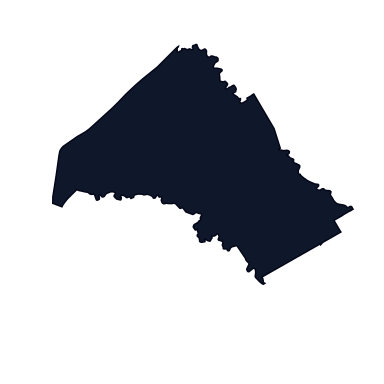 the district of Moreland, Victoria, Australia, rotated 322°
{"feature_id": "25037944B23324068897437", "entity_name": "Moreland", "entity_type": "district", "adm_level": 2, "iso_a3": "AUS", "parent_name": "Australia", "parent_adm1": "Victoria", "projection": "robinson", "projection_center": [144.955, -37.736], "detail": "fine", "context": "isolated", "style": "filled", "palette": "ink", "viewbox_px": 384, "rotation_deg": 322, "n_neighbors": 0, "source": "geoboundaries", "source_scale": "gbopen_adm2", "svg_char_len": 6070}
<svg xmlns="http://www.w3.org/2000/svg" viewBox="0 0 384 384"><g transform="rotate(322 192 192)"><path d="M80.4,123.6L82.5,122.6L87.1,121.3L90.4,120.6L102.6,119.2L103.9,121.4L105.6,123.3L107.4,125.6L109.4,127.8L109.9,128.6L110.2,130.3L110.6,131.2L111.2,131.9L113.2,133.2L113.5,133.6L113.4,134.5L111.8,139.2L112.0,139.9L112.6,140.3L114.4,140.6L114.6,140.5L115.0,140.2L115.6,139.3L116.5,137.4L116.8,137.3L117.2,137.3L117.6,137.4L117.8,137.6L118.1,140.4L118.6,141.0L119.5,141.4L120.4,141.4L122.1,140.8L123.0,140.6L124.6,140.7L126.1,141.3L127.4,141.5L128.0,141.8L129.9,143.2L130.3,143.7L130.9,145.1L130.8,146.0L130.5,146.4L129.0,146.5L127.9,147.4L127.9,147.8L128.0,149.7L128.4,151.4L130.2,153.6L130.8,154.3L131.1,154.3L132.1,153.7L132.8,152.8L132.8,152.5L132.3,151.8L132.3,151.6L133.5,151.3L135.1,151.6L136.1,153.0L136.6,154.2L136.8,155.4L137.0,156.1L137.4,156.5L139.0,156.9L139.7,157.3L139.9,157.5L139.9,159.1L139.9,159.5L140.8,159.7L142.3,160.2L143.1,160.1L143.6,159.4L144.2,159.0L145.3,159.1L148.2,160.4L151.4,163.0L152.1,164.4L152.8,165.0L155.1,166.1L155.6,166.6L157.2,168.9L157.9,170.8L158.0,171.9L157.8,172.9L158.1,173.4L158.5,173.7L159.0,173.9L159.6,173.9L161.2,173.3L162.3,173.3L163.1,173.8L163.4,174.4L163.0,175.4L163.0,175.7L163.2,176.0L163.6,176.3L164.2,176.4L164.7,176.8L164.7,177.4L164.6,177.9L164.4,178.3L163.9,178.7L163.3,179.0L162.6,179.7L161.9,181.8L161.9,182.5L162.1,183.2L162.7,184.1L165.3,185.3L166.0,186.4L166.5,186.7L168.5,188.4L171.1,189.9L171.8,191.2L172.4,197.4L172.6,197.7L174.6,198.4L175.0,199.2L174.9,203.7L175.0,204.2L175.3,204.7L178.8,210.2L179.5,210.5L182.0,210.5L182.7,210.7L183.0,211.0L184.0,212.8L185.8,215.0L185.6,215.9L185.3,216.3L184.1,216.6L183.8,216.9L182.5,217.6L182.0,218.9L181.5,219.3L179.6,219.1L178.6,219.5L176.8,219.5L173.7,219.0L172.3,219.6L171.8,220.0L171.4,220.5L171.3,221.0L171.2,223.7L171.3,224.1L171.7,224.3L173.1,224.5L173.2,225.2L172.3,226.2L171.8,227.7L171.1,228.9L169.9,229.0L169.1,229.8L168.9,230.5L169.3,231.4L169.3,232.6L168.4,234.4L167.8,235.3L167.6,235.9L168.0,236.9L168.5,237.5L171.5,239.1L172.1,238.7L172.8,237.2L173.2,237.1L173.6,237.2L174.1,239.2L174.4,240.0L175.5,241.5L176.3,241.9L177.8,241.1L179.4,240.6L179.9,240.0L180.1,239.3L180.6,239.0L180.9,239.2L181.5,239.8L182.8,240.5L183.9,240.7L185.6,240.4L186.2,240.8L186.6,241.4L186.4,242.8L186.2,243.4L185.3,244.3L183.5,245.4L183.3,246.0L183.4,246.6L184.5,247.8L185.0,248.7L185.5,250.0L185.4,250.6L185.2,250.9L183.2,252.5L183.0,253.0L182.8,254.4L181.9,255.6L181.9,256.3L184.3,258.2L184.3,258.9L184.0,259.5L184.0,260.2L184.4,260.8L184.7,261.0L185.4,261.1L187.7,259.8L189.7,259.8L193.7,261.5L194.2,262.0L194.3,262.7L193.3,276.8L193.2,277.4L192.7,278.4L192.6,280.4L193.0,282.9L193.0,283.2L192.5,284.0L187.9,286.3L187.2,287.2L187.0,288.8L187.2,289.4L187.8,289.9L192.6,289.8L193.2,289.9L193.9,290.4L194.3,291.4L194.1,292.2L192.7,294.6L190.2,297.0L189.7,297.7L189.5,298.4L190.0,303.9L190.6,306.7L191.2,308.5L193.2,308.8L192.5,306.9L193.6,305.7L194.0,304.7L194.4,304.0L194.7,302.6L195.0,302.1L261.0,311.8L260.8,312.8L263.9,312.2L284.7,315.2L285.0,312.1L286.4,301.7L293.1,302.7L296.0,303.1L296.0,302.9L305.6,304.2L305.5,304.4L308.4,304.7L308.3,303.8L308.7,302.8L308.7,301.8L308.5,301.3L307.7,300.7L306.2,300.6L305.8,300.5L305.1,299.9L304.6,299.1L304.6,297.7L304.1,296.6L303.0,295.1L300.4,292.3L299.1,290.5L298.7,289.1L298.4,286.5L298.9,282.9L299.2,279.7L299.3,279.3L299.8,278.7L300.7,278.3L301.7,277.2L301.6,276.6L301.5,276.1L300.9,275.3L298.9,273.6L298.5,273.1L298.0,272.3L297.7,270.4L297.3,270.0L296.0,269.5L294.1,269.4L292.8,268.3L292.3,267.3L292.1,266.7L292.1,266.0L292.6,265.6L293.2,265.4L294.6,265.4L295.5,265.1L296.1,264.5L296.2,263.8L293.7,261.2L290.9,256.1L289.6,253.1L289.5,252.3L288.5,249.1L288.1,246.7L287.7,245.7L288.2,244.8L287.4,243.9L287.2,243.5L287.3,242.9L287.7,242.2L288.9,240.6L289.2,240.2L290.0,240.0L290.7,239.3L291.6,239.2L292.5,238.4L293.1,237.6L293.0,236.7L292.0,234.7L291.9,234.1L291.1,233.1L290.3,231.5L290.3,231.2L290.5,230.8L292.1,229.0L292.1,228.5L290.2,225.3L290.2,223.0L289.8,222.4L289.5,222.2L289.3,221.6L289.7,221.2L291.5,221.4L292.6,221.1L293.3,220.5L293.6,220.1L293.6,219.5L293.3,218.6L292.5,217.6L289.7,215.8L289.0,215.1L288.0,213.8L286.8,212.7L286.6,211.8L286.7,211.6L288.5,211.8L295.7,192.6L301.0,152.8L299.3,152.5L299.1,152.8L293.1,151.9L292.2,153.7L285.8,152.9L284.8,150.0L286.7,149.4L287.7,148.2L286.0,146.9L286.3,146.5L286.3,145.1L285.4,142.1L285.0,141.5L284.7,139.9L284.8,139.5L285.4,139.4L288.1,139.8L289.4,138.7L290.0,138.4L290.6,137.2L290.9,134.1L290.5,133.5L290.2,133.4L288.3,133.0L287.1,133.0L285.5,132.4L284.6,132.5L283.3,132.4L282.7,132.0L282.2,131.5L282.2,131.1L282.3,130.8L282.8,130.5L285.7,129.4L286.5,128.8L286.7,128.3L286.4,125.5L286.2,125.1L284.4,124.4L282.6,122.4L282.4,122.0L283.0,120.8L284.8,118.3L285.4,117.0L286.2,115.9L287.4,115.1L290.3,115.0L290.7,114.5L290.9,114.1L290.8,113.7L290.6,113.0L290.1,112.4L287.7,109.6L286.4,108.8L285.9,108.3L285.6,107.8L285.5,107.3L285.7,106.8L286.1,106.3L287.2,105.5L289.6,104.5L290.0,104.4L292.4,104.7L293.2,104.6L293.7,104.2L294.5,103.1L294.7,102.7L294.7,101.9L294.3,100.7L293.7,100.4L292.3,98.1L291.9,97.9L291.4,97.0L290.7,96.6L288.6,96.6L288.3,96.2L288.0,95.6L287.7,94.6L287.7,93.4L288.8,91.3L289.6,90.7L290.1,90.0L290.5,89.2L290.5,88.6L290.4,87.7L290.1,87.1L288.3,86.7L287.5,86.7L285.9,85.8L285.6,84.8L285.6,84.0L285.1,83.2L285.8,81.7L285.8,80.5L286.4,79.6L286.5,78.8L286.1,78.2L284.1,77.8L283.1,77.2L282.6,77.3L281.8,77.8L281.4,78.3L281.2,79.0L281.2,79.6L281.0,79.9L280.7,80.2L280.0,80.1L279.3,79.7L279.0,78.9L278.2,77.7L276.3,77.1L275.8,76.8L275.5,76.4L275.3,75.7L275.0,75.4L274.4,74.3L273.6,74.1L272.8,73.2L272.1,72.9L271.7,73.2L271.5,73.8L270.8,74.0L270.0,74.0L269.3,73.6L267.5,73.7L267.1,73.3L267.3,73.3L267.0,72.7L267.0,72.3L267.8,70.9L268.7,69.7L269.4,69.2L270.4,69.3L270.9,68.9L269.3,68.8L241.5,72.2L223.0,72.5L213.4,73.0L200.4,74.2L188.8,75.9L181.1,76.8L150.0,79.1L145.2,79.0L135.9,77.7L119.9,76.8L117.9,76.8L115.4,77.4L113.6,78.1L112.2,79.1L109.7,81.3L95.2,95.3L79.5,110.0L75.3,115.2L80.4,123.6Z" fill="#0f172a" stroke="#020617" stroke-width="1.5"/></g></svg>